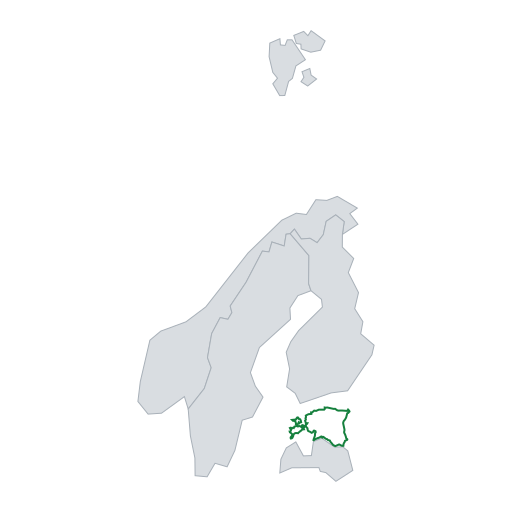 map of Estonia with Norway, Sweden, Latvia and Finland greyed out
{"feature_id": "EST", "entity_name": "Estonia", "entity_type": "country or territory", "adm_level": 0, "iso_a3": "EST", "parent_name": "Europe", "parent_adm1": "", "projection": "orthographic", "projection_center": [24.591, 58.582], "detail": "fine", "context": "with_neighbors", "style": "outline", "palette": "green", "viewbox_px": 512, "rotation_deg": 0, "n_neighbors": 4, "source": "natural_earth", "source_scale": "50m", "svg_char_len": 4713}
<svg xmlns="http://www.w3.org/2000/svg" viewBox="0 0 512 512"><path d="M285.1,45.4L287.3,39.8L292.0,39.8L305.4,59.7L295.9,65.9L292.4,78.4L288.6,81.4L284.8,95.5L279.7,95.6L272.8,83.8L277.5,78.2L272.8,72.4L269.1,56.7L269.8,43.1L279.9,38.7L280.4,44.9L285.1,45.4ZM357.9,224.2L342.4,234.4L344.2,221.6L335.7,214.9L326.2,221.3L323.3,234.6L317.1,242.7L310.0,238.3L301.3,239.0L294.4,229.1L290.2,233.7L286.1,234.2L284.2,246.0L271.9,242.0L269.0,251.9L262.4,251.1L246.0,282.4L230.2,306.0L231.9,312.6L227.9,319.3L220.2,317.6L211.7,333.5L207.5,357.6L211.2,367.7L204.3,388.5L188.2,409.0L184.4,396.6L161.5,413.2L148.1,414.1L137.9,401.5L140.3,381.6L149.9,340.2L160.8,331.1L186.0,321.8L205.8,306.9L248.1,252.9L281.8,220.2L296.2,213.2L306.4,214.5L315.9,199.7L326.8,200.4L337.3,196.4L357.3,208.1L349.8,213.6L357.9,224.2ZM325.1,40.9L320.6,50.2L310.8,52.2L301.1,48.9L300.9,44.2L296.3,43.5L293.8,35.4L303.7,31.4L307.9,35.7L311.1,30.7L325.1,40.9ZM316.6,79.0L307.7,86.0L301.0,81.7L303.9,77.3L302.0,71.7L309.8,68.5L311.1,75.1L316.6,79.0Z" fill="#d9dde1" stroke="#a8b0b8" stroke-width="1"/><path d="M188.2,409.0L204.3,388.5L211.2,367.7L207.5,357.6L211.7,333.5L220.2,317.6L227.9,319.3L231.9,312.6L230.2,306.0L246.0,282.4L262.4,251.1L269.0,251.9L271.9,242.0L284.2,246.0L286.1,234.2L290.2,233.7L308.9,255.6L308.6,283.6L311.0,290.7L297.9,295.6L289.9,308.0L290.5,319.3L259.4,347.5L250.4,372.6L255.3,386.1L263.0,397.1L252.5,417.0L242.2,420.2L234.9,450.4L227.1,466.8L215.0,463.3L207.1,476.8L195.1,475.7L194.9,458.0L190.4,435.9L188.2,409.0Z" fill="#d9dde1" stroke="#a8b0b8" stroke-width="1"/><path d="M342.8,446.8L347.8,450.9L352.8,470.4L335.9,481.3L325.8,472.6L320.3,471.4L318.9,467.6L291.8,467.8L279.8,473.0L280.9,459.2L286.3,447.9L295.8,441.9L303.4,455.9L311.4,455.6L313.4,441.5L321.7,438.2L334.6,447.1L342.8,446.8Z" fill="#d9dde1" stroke="#a8b0b8" stroke-width="1"/><path d="M342.4,234.4L342.3,247.1L353.7,258.5L348.3,272.6L358.5,292.6L354.7,308.7L362.9,321.7L360.7,333.8L374.1,345.2L371.9,354.8L347.6,390.8L331.2,392.9L300.2,403.5L295.2,393.3L286.7,386.9L289.6,368.9L286.2,352.2L290.8,341.7L298.7,330.5L322.4,307.1L321.5,299.4L311.0,290.7L308.6,283.6L308.9,255.6L290.2,233.7L294.4,229.1L301.3,239.0L310.0,238.3L317.1,242.7L323.3,234.6L326.2,221.3L335.7,214.9L344.2,221.6L342.4,234.4Z" fill="#d9dde1" stroke="#a8b0b8" stroke-width="1"/><path d="M343.4,445.8L343.1,445.9L341.7,445.7L340.2,445.0L339.5,444.5L338.9,444.5L338.1,444.9L335.3,446.1L334.6,445.8L332.9,444.8L332.1,443.7L330.2,441.5L330.1,441.0L329.8,440.5L327.9,440.0L327.2,439.2L326.6,439.1L325.7,438.7L323.4,436.9L322.9,436.8L322.7,437.1L322.8,437.5L322.6,437.7L322.3,437.7L321.8,437.1L321.2,436.5L319.2,437.6L318.5,437.9L317.9,438.0L314.8,439.4L313.9,440.2L313.5,440.1L313.6,439.4L314.9,435.8L315.1,432.9L315.6,432.5L315.7,432.1L315.5,431.2L314.2,430.6L313.7,430.7L313.2,431.7L312.7,432.4L311.5,432.8L310.5,432.0L308.2,431.0L307.6,429.7L307.5,428.3L306.3,427.0L305.8,425.5L306.0,424.4L307.1,423.8L307.4,423.2L306.0,423.2L305.8,423.1L305.7,422.5L305.1,420.7L305.7,419.9L305.9,419.2L305.5,418.6L305.6,417.9L306.0,417.2L305.8,415.6L307.2,414.8L308.5,414.2L311.3,413.9L311.1,412.4L312.2,412.4L314.2,410.6L316.1,410.9L318.8,409.7L324.1,409.7L324.8,408.9L324.7,408.2L324.7,407.5L325.7,407.7L327.3,407.5L333.6,408.9L335.1,408.8L337.2,410.3L338.4,410.6L341.8,410.5L347.0,410.9L348.0,409.8L348.1,409.6L348.6,410.1L349.3,411.0L349.5,411.5L349.3,411.8L348.7,412.1L348.5,412.4L348.3,412.9L347.5,413.1L347.2,413.4L346.8,415.0L346.1,417.6L344.9,419.7L343.9,420.8L343.5,421.6L343.2,422.6L343.2,423.6L344.4,429.1L344.5,430.1L344.3,431.1L344.1,432.1L344.3,433.0L345.1,434.5L345.9,436.8L346.2,438.2L346.7,438.7L347.2,439.1L347.3,439.3L347.3,439.6L347.1,439.9L345.0,440.8L344.8,441.4L344.6,442.1L343.8,443.3L343.5,444.3L343.4,445.4L343.4,445.8ZM297.2,426.0L297.9,426.5L298.5,426.3L299.2,426.0L300.5,426.4L303.6,428.7L303.9,429.3L302.0,429.5L301.6,430.2L301.1,430.7L300.6,430.8L299.6,431.8L298.4,432.7L298.1,433.2L295.9,433.0L294.6,433.4L293.6,434.4L293.1,436.3L292.3,437.9L291.6,438.4L290.8,438.5L290.6,437.9L290.7,437.3L292.4,435.1L292.8,434.4L292.0,434.1L291.3,433.3L289.9,432.3L289.7,431.6L290.0,431.6L290.4,431.4L290.8,430.8L291.0,430.1L289.9,428.0L290.5,427.7L291.2,427.8L292.0,428.5L292.8,427.8L293.2,427.7L293.8,428.0L294.4,426.6L295.8,426.3L296.5,425.9L297.2,426.0ZM300.2,422.3L299.4,423.2L299.0,422.8L298.7,422.4L297.7,424.4L296.5,424.7L295.9,424.3L296.0,423.5L295.4,421.5L294.4,420.9L293.0,420.8L292.1,419.9L295.9,419.5L296.4,418.5L297.2,417.5L297.8,417.4L298.3,417.7L298.3,418.5L298.5,418.8L300.2,419.3L300.8,420.6L301.1,422.2L300.2,422.3ZM304.1,427.5L303.3,427.6L301.5,426.3L301.9,425.4L302.5,425.1L304.1,425.7L304.3,427.0L304.1,427.5Z" fill="none" stroke="#15803d" stroke-width="2"/></svg>